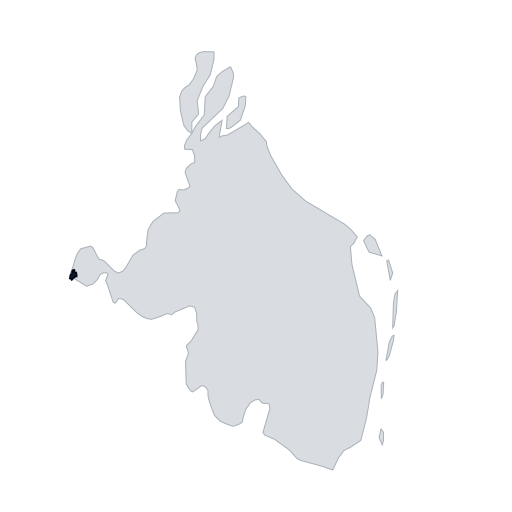 location of Vaals, Netherlands, rotated 106°
{"feature_id": "6326949B17278408062250", "entity_name": "Vaals", "entity_type": "district", "adm_level": 2, "iso_a3": "NLD", "parent_name": "Netherlands", "parent_adm1": "", "projection": "equal_earth", "projection_center": [5.971, 50.778], "detail": "fine", "context": "in_parent", "style": "filled", "palette": "ink", "viewbox_px": 512, "rotation_deg": 106, "n_neighbors": 0, "source": "geoboundaries", "source_scale": "gbopen_adm2", "svg_char_len": 4788}
<svg xmlns="http://www.w3.org/2000/svg" viewBox="0 0 512 512"><g transform="rotate(106 256 256)"><path d="M326.5,429.4L316.6,429.1L307.4,428.9L302.5,428.3L297.3,426.4L295.0,422.6L292.1,417.9L292.9,415.1L301.5,407.1L302.8,404.9L302.0,403.7L302.8,400.1L309.5,388.2L310.3,383.4L307.4,380.0L303.1,378.0L289.2,374.5L282.6,369.5L279.6,365.1L276.5,363.9L272.0,365.3L260.5,367.0L251.2,364.6L240.2,356.4L237.7,349.0L236.3,343.4L233.6,341.4L229.9,344.3L225.2,348.9L215.9,349.4L213.3,348.4L212.9,345.8L212.3,343.4L209.8,340.4L207.1,338.7L195.3,347.2L190.9,347.2L185.4,343.9L182.8,340.7L176.7,342.6L171.3,346.5L173.0,353.9L170.1,355.2L163.4,354.5L155.9,351.5L147.5,349.7L134.8,344.6L116.9,348.7L104.6,343.8L94.4,343.3L88.0,339.3L81.2,332.7L86.2,328.3L90.9,326.8L109.8,326.0L123.4,328.6L147.8,343.0L154.0,342.9L160.6,341.1L157.3,337.2L151.2,335.3L142.1,331.4L134.9,326.0L152.0,324.2L149.7,321.4L147.5,316.6L129.7,299.9L132.8,295.4L137.5,285.7L143.2,277.7L147.7,275.5L155.2,269.8L171.4,253.2L181.8,239.7L189.5,223.6L201.0,179.6L204.4,172.1L209.8,163.9L216.5,165.4L221.1,167.8L237.6,161.5L266.0,145.4L274.4,131.4L282.6,124.9L315.0,112.2L332.9,108.4L360.5,107.5L380.4,105.2L404.4,104.4L413.5,112.2L418.9,117.9L427.4,121.1L440.6,123.3L439.9,134.6L440.2,156.9L439.3,160.9L433.4,170.3L427.2,187.3L425.6,198.5L423.7,200.7L398.5,200.6L394.9,202.6L394.4,205.0L395.7,207.9L395.1,210.7L393.1,213.1L394.2,216.8L398.6,221.0L406.6,223.6L415.2,223.9L419.6,223.4L422.8,226.4L426.0,231.1L425.8,237.0L424.7,244.9L420.6,252.1L409.0,260.6L403.8,263.5L398.8,265.0L396.5,267.3L395.4,270.1L395.7,272.6L404.1,279.4L403.9,280.9L401.5,284.4L398.3,287.8L376.8,294.7L367.9,294.1L362.8,297.6L361.2,298.2L355.6,295.0L343.0,291.4L338.3,292.7L335.7,294.7L327.8,297.1L322.1,300.9L322.1,305.8L332.1,318.4L335.6,320.9L335.8,325.6L340.7,331.6L345.7,339.0L346.2,343.7L345.6,348.6L343.1,355.4L334.4,371.3L334.3,374.4L335.0,376.7L338.0,377.4L340.3,378.6L339.6,380.7L323.3,391.8L321.2,393.8L314.3,393.2L313.3,395.1L314.2,398.1L316.9,400.7L322.7,402.1L327.7,404.9L331.7,410.4L326.5,429.4ZM155.9,351.5L154.4,356.1L150.6,361.2L137.7,368.5L124.3,373.3L117.5,372.7L112.8,370.2L110.3,367.6L103.2,365.0L93.4,363.7L87.2,366.5L82.8,369.1L79.0,368.7L76.2,366.5L74.1,363.1L71.4,352.6L78.7,350.6L94.5,349.9L106.7,353.6L122.8,355.4L135.2,350.3L144.8,354.6L155.9,351.5ZM129.8,308.5L139.1,315.2L141.0,317.3L141.7,319.6L129.7,322.2L117.2,314.1L108.7,316.0L105.6,312.1L105.6,309.7L114.4,307.7L129.8,308.5ZM221.1,148.4L211.6,156.9L205.9,154.5L204.2,152.6L207.2,146.0L221.2,135.0L221.1,148.4ZM263.1,111.0L254.2,111.9L250.2,110.3L271.5,105.6L285.0,104.1L287.4,104.8L263.1,111.0ZM320.3,102.3L301.6,104.2L295.3,102.8L294.2,101.4L299.3,100.6L315.3,100.4L320.2,101.6L320.3,102.3ZM242.4,120.2L224.8,128.9L223.3,127.5L234.7,119.9L242.4,120.2ZM396.5,87.7L387.8,88.1L390.3,84.9L398.4,82.6L402.8,82.6L396.5,87.7ZM358.6,96.2L345.3,100.2L342.1,99.3L342.9,98.2L354.5,95.7L358.6,96.2Z" fill="#d9dde1" stroke="#a8b0b8" stroke-width="1"/><path d="M320.8,428.6L321.1,428.5L321.3,428.5L321.5,428.4L321.8,428.4L321.9,428.2L321.9,428.3L321.9,428.2L322.0,428.3L322.0,428.2L322.4,428.2L322.5,428.2L323.0,428.0L323.1,427.9L323.3,428.0L323.6,428.1L323.9,428.1L324.1,428.2L324.4,428.3L324.6,428.5L324.5,428.8L324.8,428.9L325.0,428.9L325.3,429.1L325.5,429.0L326.2,429.1L326.3,429.1L326.6,429.0L326.8,429.0L327.0,429.1L327.3,429.0L327.5,429.0L327.8,428.9L328.0,428.9L328.4,428.8L328.5,428.8L328.8,428.9L329.0,428.9L329.0,428.6L329.0,428.4L328.9,428.0L328.9,427.9L328.9,427.7L329.0,427.6L329.2,427.4L329.3,427.2L329.4,426.9L329.5,426.9L329.6,426.7L329.8,426.6L329.7,426.5L329.8,426.5L329.7,426.5L329.7,426.4L329.4,426.3L329.3,426.2L329.2,426.3L329.2,426.2L328.9,426.1L328.7,426.0L328.7,425.9L328.4,425.8L328.2,425.8L328.2,425.7L328.2,425.8L328.2,425.7L327.9,425.6L327.7,425.5L327.6,425.4L327.4,425.3L327.5,425.3L327.4,425.3L327.3,425.2L327.3,425.3L327.2,425.2L327.0,424.9L326.9,424.9L326.8,425.0L326.8,424.9L326.7,424.9L326.6,424.7L325.9,424.0L325.7,424.1L325.6,423.9L325.5,424.0L325.5,423.9L325.4,423.9L325.2,423.9L324.9,423.7L324.7,423.6L324.6,423.4L324.7,423.2L324.8,422.9L324.1,423.2L323.8,423.1L323.7,423.0L323.3,423.2L322.9,423.6L322.7,423.7L322.4,424.1L322.2,424.0L322.1,423.9L321.9,423.9L322.0,423.9L321.9,423.9L321.7,423.9L321.6,424.0L321.5,424.3L321.4,424.4L321.5,424.5L321.4,424.5L321.5,424.5L321.4,424.6L321.5,424.9L321.6,425.2L321.7,425.6L321.7,425.8L321.7,426.1L321.6,426.3L321.6,426.5L321.4,426.7L321.3,426.8L321.2,426.8L320.8,426.8L320.8,426.7L320.6,426.6L320.5,426.4L320.4,426.4L320.2,426.3L319.9,426.4L319.7,426.4L319.6,426.5L319.3,427.1L319.8,427.4L319.9,427.7L319.9,427.8L320.0,427.8L320.3,427.9L320.3,428.0L320.5,428.1L320.4,428.2L320.3,428.3L320.5,428.4L320.5,428.5L320.5,428.4L320.7,428.5L320.8,428.6Z" fill="#0f172a" stroke="#020617" stroke-width="1.5"/></g></svg>